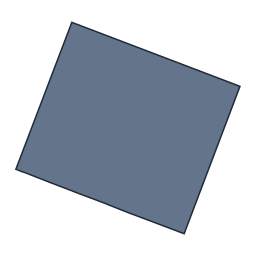 the district of Branch, Michigan, United States of America, rotated 21°
{"feature_id": "52423323B65745165927044", "entity_name": "Branch", "entity_type": "district", "adm_level": 2, "iso_a3": "USA", "parent_name": "United States of America", "parent_adm1": "Michigan", "projection": "equal_earth", "projection_center": [-85.104, 41.916], "detail": "fine", "context": "isolated", "style": "filled", "palette": "slate", "viewbox_px": 256, "rotation_deg": 21, "n_neighbors": 0, "source": "geoboundaries", "source_scale": "gbopen_adm2", "svg_char_len": 398}
<svg xmlns="http://www.w3.org/2000/svg" viewBox="0 0 256 256"><g transform="rotate(21 128 128)"><path d="M37.7,49.5L38.1,206.7L45.2,206.8L45.5,206.7L45.8,206.6L61.0,206.7L74.9,206.8L84.4,206.8L103.3,206.8L105.6,206.8L135.6,206.6L136.2,206.7L161.3,207.0L161.8,206.9L165.7,206.9L166.0,206.9L176.9,206.8L218.3,206.6L217.6,49.0L37.7,49.5Z" fill="#64748b" stroke="#1e293b" stroke-width="1.5"/></g></svg>